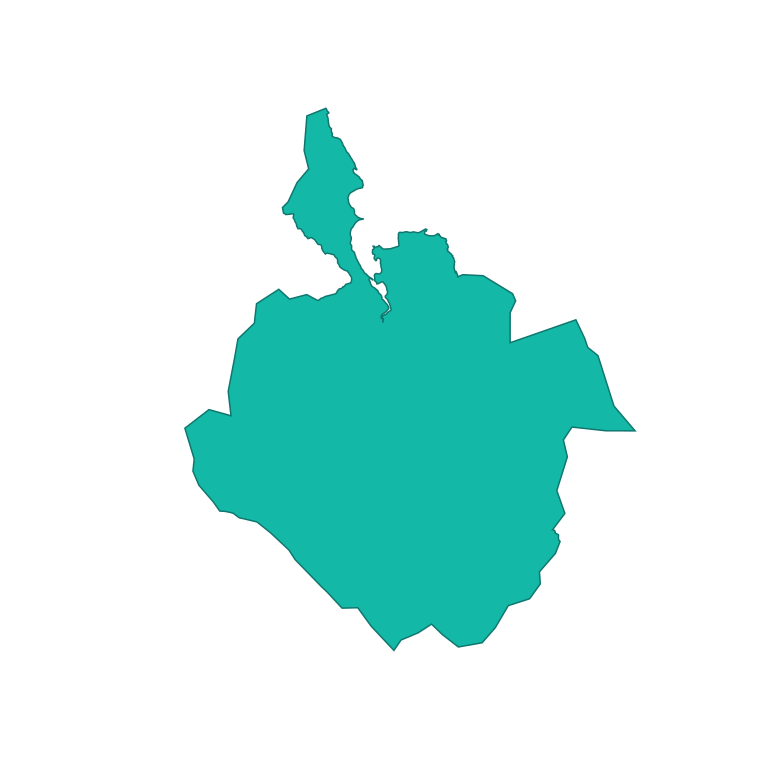 the district of Alag-Erdene, Hövsgöl, Mongolia, rotated 336°
{"feature_id": "93677404B90786292035657", "entity_name": "Alag-Erdene", "entity_type": "district", "adm_level": 2, "iso_a3": "MNG", "parent_name": "Mongolia", "parent_adm1": "Hövsgöl", "projection": "albers", "projection_center": [100.216, 50.317], "detail": "fine", "context": "isolated", "style": "filled", "palette": "teal", "viewbox_px": 768, "rotation_deg": 336, "n_neighbors": 0, "source": "geoboundaries", "source_scale": "gbopen_adm2", "svg_char_len": 6159}
<svg xmlns="http://www.w3.org/2000/svg" viewBox="0 0 768 768"><g transform="rotate(336 384 384)"><path d="M443.0,108.5L422.6,107.7L406.0,138.2L402.7,156.8L386.4,164.7L370.5,178.6L363.0,181.5L361.7,187.0L362.8,188.4L363.1,189.2L367.2,190.7L368.6,190.8L369.2,191.3L370.2,191.5L370.4,191.8L370.4,192.7L368.6,195.1L368.6,195.8L369.0,197.5L368.7,199.5L369.0,201.4L368.9,202.5L368.5,204.3L368.6,207.2L369.9,207.6L371.2,208.6L371.4,209.1L371.6,209.7L371.6,211.4L371.9,212.1L372.2,213.8L372.0,215.0L372.1,216.5L373.2,218.1L373.5,220.0L373.7,220.3L376.4,220.5L377.3,220.8L379.4,223.9L380.5,229.4L380.8,229.8L382.2,230.6L383.2,231.7L383.1,232.5L382.3,234.8L382.4,235.6L382.2,236.9L382.7,239.2L383.3,241.4L385.2,241.3L385.8,241.5L386.6,242.3L387.7,243.0L389.4,244.6L390.8,245.3L391.1,248.0L391.4,248.8L392.0,249.4L392.2,250.0L391.9,252.4L390.9,254.3L391.4,256.8L391.3,259.1L391.7,260.0L393.5,263.0L395.3,265.0L396.5,265.8L396.6,266.1L396.6,267.2L397.0,268.3L397.2,270.8L397.5,271.6L397.6,272.6L397.5,274.1L396.3,276.4L394.9,278.1L389.5,277.4L387.6,278.7L386.0,278.5L385.7,279.0L384.9,279.1L384.2,279.4L382.0,278.9L379.8,279.7L377.1,281.8L375.7,281.8L365.7,280.1L363.6,280.4L361.4,280.1L358.9,280.8L357.9,280.8L357.1,280.4L349.8,270.9L332.2,268.0L326.4,254.7L300.2,258.8L290.3,275.7L268.9,283.4L258.2,299.3L238.7,327.3L231.3,350.8L213.7,336.2L184.1,343.4L180.1,375.3L174.0,385.9L173.7,401.2L180.0,422.0L182.3,433.3L186.8,435.6L191.2,438.7L193.7,440.8L197.3,447.3L211.8,458.3L219.9,473.9L229.6,497.0L231.4,508.3L244.6,544.2L247.5,551.1L254.5,571.7L269.0,577.7L273.8,600.2L284.7,631.4L295.5,624.8L314.0,625.2L329.8,622.7L335.5,636.9L345.0,654.5L368.4,660.3L386.5,651.9L407.4,637.0L429.7,639.4L445.5,630.2L449.6,618.8L471.7,608.5L480.8,599.5L480.4,598.1L480.3,596.9L481.1,594.7L481.9,593.2L482.0,592.5L480.3,590.5L480.0,589.8L480.0,589.2L480.3,588.3L480.3,587.7L479.6,586.1L478.7,585.7L496.6,575.8L498.5,551.7L521.9,525.1L525.1,508.1L538.2,499.8L567.7,517.0L594.3,528.9L585.1,497.7L591.0,445.1L585.0,433.4L585.9,423.8L585.4,403.4L516.0,397.6L528.3,370.1L538.1,361.6L538.2,353.8L518.6,325.4L500.5,316.2L495.0,316.1L495.6,313.7L495.6,312.3L494.8,311.9L494.4,311.3L494.6,310.9L495.6,310.9L495.6,310.5L494.7,309.8L495.0,307.2L495.6,305.8L495.7,304.9L496.6,304.2L497.1,302.8L498.3,301.1L498.6,298.2L498.9,297.0L498.7,296.2L498.2,295.7L498.4,295.1L498.9,294.7L498.5,294.1L498.4,292.7L497.6,291.3L497.3,290.1L496.5,289.3L496.2,288.6L496.9,287.4L496.6,287.0L496.6,286.5L498.2,285.4L498.7,283.6L498.7,282.9L498.5,282.5L498.5,281.8L498.0,280.2L498.3,279.5L499.0,279.1L499.4,278.7L499.4,277.4L499.6,276.7L499.5,276.3L498.6,276.0L498.2,275.3L496.1,273.5L495.6,272.4L495.5,271.5L495.1,271.1L495.3,269.9L494.5,269.9L494.8,269.5L494.3,268.5L491.3,269.0L489.4,268.7L485.8,267.1L482.8,264.5L482.3,263.5L482.4,262.7L483.1,261.6L483.7,261.2L484.8,261.5L485.5,260.8L485.3,260.8L485.5,259.7L484.9,259.3L479.0,259.9L477.2,259.8L475.9,259.2L472.8,257.0L469.5,256.3L466.3,253.9L462.3,253.1L460.1,251.8L459.2,251.9L458.1,252.9L457.4,254.8L456.4,256.4L454.2,263.1L453.5,263.9L452.9,264.0L444.7,263.0L438.7,260.7L438.1,260.3L437.6,259.6L437.0,257.9L436.3,256.8L436.0,255.6L435.4,255.5L434.4,256.0L431.9,255.6L431.2,255.1L430.9,253.9L430.0,253.7L430.0,254.0L430.5,255.5L430.2,256.0L429.9,256.3L428.1,256.8L427.9,257.5L427.1,258.5L426.6,260.5L427.7,261.5L428.0,262.2L427.6,263.1L426.3,264.8L426.0,265.6L426.6,267.9L426.8,268.1L427.4,268.0L428.3,266.6L429.2,266.3L430.1,266.6L431.3,268.0L431.2,269.6L429.8,272.3L429.6,274.0L428.9,275.8L428.8,277.3L428.1,279.4L427.4,280.5L426.7,281.1L425.0,281.6L424.3,281.6L421.7,279.8L420.2,280.0L419.3,280.9L418.7,283.4L417.6,285.5L417.6,286.1L418.5,288.0L418.2,289.7L419.1,290.0L423.9,289.8L424.5,290.3L424.9,291.6L425.6,294.8L425.5,297.5L424.9,298.7L424.9,300.9L423.8,302.8L422.5,303.7L421.0,304.1L420.5,305.0L420.9,306.6L421.6,308.2L421.5,310.3L421.8,312.9L420.8,318.9L419.9,319.5L416.2,320.1L415.1,321.1L414.4,321.0L413.8,321.2L413.2,320.9L411.5,321.3L409.9,321.0L409.7,321.1L409.3,321.9L409.7,323.8L409.7,324.7L408.6,326.1L408.5,326.9L408.3,326.9L408.3,326.0L409.2,324.8L409.3,324.3L409.4,324.0L408.4,323.1L408.3,322.6L408.8,321.2L409.7,320.3L410.6,319.7L415.0,318.8L417.2,317.7L418.8,317.2L419.2,316.7L419.5,314.1L419.0,311.8L418.2,309.8L417.9,308.1L417.5,306.9L416.7,305.8L416.6,305.2L417.2,304.5L417.3,303.5L417.6,302.7L417.4,301.4L416.7,299.6L416.4,299.3L416.2,298.3L416.3,296.2L416.2,295.7L415.6,295.1L414.8,292.9L413.3,290.9L412.6,289.2L412.5,287.1L412.9,284.6L412.6,283.3L412.6,282.5L413.3,281.9L414.0,282.0L415.1,282.7L415.5,283.4L415.7,284.1L416.1,284.4L416.3,284.4L416.4,284.0L415.2,281.8L413.9,280.2L413.4,279.0L412.4,276.2L411.6,275.0L411.3,274.3L411.2,271.9L410.5,270.0L410.5,269.5L410.3,269.2L410.5,266.0L410.1,264.4L410.1,262.8L409.9,260.4L409.8,257.4L410.1,255.4L410.1,254.0L410.5,252.2L410.3,251.2L409.3,249.1L409.1,248.0L409.6,246.7L410.7,244.6L410.4,242.6L410.5,241.4L413.1,238.3L413.8,236.4L413.7,234.7L414.2,233.1L414.8,231.9L417.1,229.0L419.0,228.2L423.0,225.4L426.3,224.2L428.5,224.0L431.4,224.8L432.1,224.8L432.1,224.5L430.4,223.7L427.9,220.9L427.6,220.3L427.5,219.7L426.6,218.0L426.4,217.0L426.4,216.1L427.1,214.7L427.6,212.4L427.5,211.2L426.0,209.3L425.5,205.8L425.4,204.7L425.8,202.9L426.3,201.1L426.6,199.4L429.2,196.7L431.2,195.7L437.5,195.0L439.5,195.0L444.1,195.9L444.6,195.5L444.8,194.6L445.9,194.0L446.0,193.1L446.8,189.7L446.9,189.4L445.7,186.7L445.6,185.2L445.4,184.5L443.9,181.7L443.0,180.4L442.5,179.2L442.4,177.0L442.7,176.0L443.5,175.1L443.9,174.9L444.7,175.5L445.1,175.1L445.6,175.3L446.2,176.2L445.3,176.1L445.4,176.3L445.8,177.0L446.3,177.1L446.5,176.6L446.2,175.1L446.3,173.8L446.8,170.4L446.2,167.4L446.2,165.9L445.7,164.0L445.8,162.8L445.4,161.1L445.3,159.4L445.1,158.6L444.4,157.1L444.3,156.1L444.3,152.5L444.1,151.0L443.7,149.9L444.0,147.4L443.7,143.5L443.5,142.6L441.7,140.4L439.0,138.6L438.0,137.4L437.6,136.6L437.7,135.8L438.7,134.3L438.6,132.8L438.7,131.5L439.1,130.6L439.7,129.8L439.7,129.0L439.3,128.4L438.9,127.5L438.8,126.6L439.0,124.8L440.0,121.2L441.0,118.2L441.2,114.9L442.1,114.1L443.6,114.1L444.0,113.5L443.1,111.4L443.3,109.5L443.0,108.5Z" fill="#14b8a6" stroke="#0f766e" stroke-width="1.5"/></g></svg>